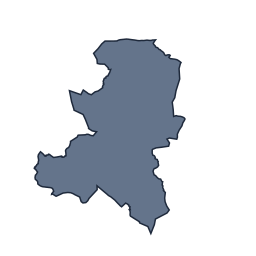 the district of Hawul, Borno, Nigeria, rotated 294°
{"feature_id": "59680162B65118596491840", "entity_name": "Hawul", "entity_type": "district", "adm_level": 2, "iso_a3": "NGA", "parent_name": "Nigeria", "parent_adm1": "Borno", "projection": "natural_earth1", "projection_center": [12.218, 10.459], "detail": "fine", "context": "isolated", "style": "filled", "palette": "slate", "viewbox_px": 256, "rotation_deg": 294, "n_neighbors": 0, "source": "geoboundaries", "source_scale": "gbopen_adm2", "svg_char_len": 4923}
<svg xmlns="http://www.w3.org/2000/svg" viewBox="0 0 256 256"><g transform="rotate(294 128 128)"><path d="M36.3,85.2L37.0,85.9L36.4,89.8L36.5,90.2L42.2,95.2L44.6,99.2L45.6,102.1L45.7,105.1L45.5,105.9L45.3,111.9L41.7,115.2L41.2,117.3L42.7,119.8L45.1,120.8L47.0,121.0L47.5,120.9L59.1,124.9L62.6,123.2L59.0,135.8L58.6,137.0L58.5,137.3L58.4,137.5L58.1,140.4L56.8,145.3L55.2,149.0L54.4,151.1L53.8,152.5L53.4,154.2L58.4,156.4L58.3,157.0L58.4,157.4L58.4,157.9L58.2,158.4L58.2,158.8L58.2,159.1L57.9,159.4L57.9,159.7L57.9,160.1L57.2,160.5L56.9,160.8L56.7,161.2L56.7,161.5L56.9,161.7L56.9,161.9L56.6,162.0L56.0,162.0L55.1,162.5L54.6,163.0L54.5,162.4L54.0,162.2L53.4,163.2L52.1,164.2L49.3,165.3L48.5,166.1L47.0,176.6L46.6,176.7L46.0,177.3L46.1,186.2L40.9,191.8L50.4,191.4L56.0,190.1L66.2,198.2L69.9,199.0L72.4,195.2L75.7,191.9L78.9,190.0L84.3,188.3L85.2,185.9L85.7,186.1L86.6,185.2L87.4,184.2L88.3,183.6L88.9,183.6L89.2,183.4L89.5,183.2L89.6,182.7L89.9,182.3L90.4,182.3L91.1,182.0L91.8,181.8L93.0,181.5L92.8,181.0L93.1,180.4L93.7,179.7L94.6,178.6L94.1,177.0L94.3,175.9L94.6,174.9L95.2,173.7L95.6,172.9L95.8,172.1L95.8,170.9L96.5,170.3L98.7,168.5L100.4,168.3L101.1,168.4L101.7,168.5L102.2,169.3L103.4,170.2L104.6,170.9L105.6,171.0L106.2,171.2L107.0,170.7L108.0,170.0L108.8,169.4L109.6,169.3L110.2,168.3L111.1,167.6L111.0,166.8L111.0,165.2L111.7,164.9L112.2,164.9L113.1,163.8L113.4,163.0L113.2,161.9L114.7,160.4L117.9,159.0L118.6,159.2L121.3,161.8L123.9,166.2L127.9,172.5L131.2,172.0L133.7,168.1L135.7,169.9L137.6,177.1L139.7,176.9L142.4,175.6L146.8,175.6L151.9,176.4L155.0,176.0L157.7,176.4L159.4,176.4L160.0,175.5L160.2,174.5L160.2,172.8L159.9,170.9L159.2,169.1L159.0,168.1L158.9,167.0L157.1,165.0L163.2,161.8L169.6,157.9L174.7,158.4L181.6,156.7L193.8,155.3L203.0,150.5L207.8,149.7L209.4,149.8L209.8,148.2L210.1,146.9L210.3,144.9L209.9,142.8L209.4,141.1L208.9,139.4L208.6,138.6L208.8,137.5L209.3,136.5L210.3,136.9L211.5,137.0L211.7,136.2L211.4,135.4L210.9,134.4L210.3,133.7L209.6,133.2L209.6,132.4L210.2,131.2L211.1,130.3L211.8,128.6L212.0,127.0L212.6,125.6L212.4,124.5L213.1,123.1L213.4,122.3L213.2,121.1L213.3,120.2L213.9,119.7L214.3,118.9L214.6,118.1L214.9,117.4L215.7,116.6L216.5,116.7L218.4,117.0L219.7,117.3L219.1,116.2L218.4,114.7L217.4,113.5L216.7,111.9L216.0,109.6L214.3,106.8L213.5,104.8L212.5,103.1L211.9,101.6L211.1,98.4L210.6,96.8L209.1,91.7L208.5,90.2L205.4,84.8L204.3,83.5L203.1,82.6L201.7,79.8L198.0,71.6L194.1,69.8L188.3,68.4L182.2,66.2L178.1,71.7L174.5,73.7L174.9,76.0L176.8,80.7L175.0,85.4L173.9,86.0L173.7,86.1L173.7,86.5L173.7,86.8L173.8,87.0L174.0,87.5L174.2,88.2L174.2,88.3L174.3,88.4L173.4,88.5L170.6,88.7L170.4,88.5L169.1,88.5L168.7,88.5L168.6,88.4L168.1,88.4L167.7,88.6L167.2,88.3L167.0,88.0L166.7,87.6L166.4,87.3L166.1,87.1L165.8,87.1L165.4,87.2L165.0,87.3L164.6,87.4L164.4,87.1L164.3,86.7L164.0,86.3L163.6,86.1L163.3,86.1L163.0,86.2L162.3,86.2L161.9,86.4L161.5,86.3L161.1,86.3L160.8,86.3L160.6,86.3L160.2,86.6L160.0,86.8L159.8,87.0L159.5,87.1L159.2,87.4L159.0,87.5L158.9,87.3L158.4,87.4L158.2,87.6L158.2,88.0L157.7,88.2L157.3,88.0L156.8,87.8L156.4,87.9L156.0,87.9L155.5,87.9L155.1,88.0L154.5,88.5L149.7,85.7L147.6,83.2L143.5,81.0L143.2,77.9L143.7,76.0L144.5,71.7L139.3,71.4L138.3,59.3L129.2,65.7L123.2,70.9L122.3,71.5L122.1,81.5L118.7,85.4L112.3,91.9L111.5,92.2L110.8,96.5L111.8,100.8L106.8,99.4L106.1,97.1L106.1,94.4L105.5,92.9L104.4,91.7L101.2,85.4L100.9,85.3L99.1,85.3L92.4,80.9L91.7,81.2L91.1,81.5L90.2,81.6L88.2,81.9L86.1,81.7L84.4,80.5L83.0,80.1L81.7,80.2L80.6,81.0L79.0,81.9L77.4,82.6L77.3,82.4L77.2,82.2L76.9,81.8L76.7,81.8L76.5,81.7L76.5,81.8L76.4,81.7L76.2,81.6L75.8,81.5L75.7,81.5L75.5,81.4L75.4,81.3L75.2,81.2L75.0,80.8L75.0,80.7L75.0,80.4L74.9,80.3L74.9,80.1L74.7,80.0L74.7,79.8L74.8,79.7L75.0,79.6L75.0,79.4L75.0,79.2L74.9,79.2L74.9,78.9L74.9,78.7L75.0,78.7L75.0,78.8L75.3,78.7L75.2,78.5L75.1,78.4L75.0,78.2L74.9,78.2L74.8,78.3L74.7,78.4L74.6,78.5L74.6,78.4L74.6,78.2L74.7,77.9L72.6,74.9L70.8,72.0L71.4,68.9L71.5,68.5L71.6,68.2L71.8,67.4L71.9,67.2L71.9,66.9L71.8,66.4L71.8,66.1L71.7,66.0L71.4,65.9L71.2,66.0L70.7,65.9L70.6,65.7L70.5,65.4L70.4,65.2L70.3,64.9L70.1,64.6L70.0,64.4L69.8,64.3L69.7,64.2L69.6,64.3L69.5,64.5L69.3,64.6L69.2,64.6L68.9,64.5L68.8,64.4L68.8,63.9L68.7,63.7L68.6,63.1L69.0,62.7L69.9,60.6L70.7,57.7L67.2,57.0L65.4,57.4L62.2,59.5L60.0,59.9L59.0,60.5L58.8,60.4L58.6,60.3L58.4,60.0L58.2,60.0L57.6,59.7L57.4,59.6L57.2,59.7L56.9,59.7L56.5,59.6L56.2,59.4L56.0,59.5L55.3,59.4L55.0,58.9L54.8,58.8L54.5,58.8L54.3,59.0L54.0,59.2L53.7,59.1L53.5,58.9L53.4,58.7L53.2,58.7L52.9,58.9L52.5,60.8L52.0,61.3L51.5,62.3L51.0,63.3L49.7,63.2L48.5,63.1L47.8,62.9L47.2,62.6L46.7,62.8L46.1,62.9L45.0,63.2L43.5,64.1L42.8,66.3L42.2,67.3L41.3,67.8L40.2,68.4L39.8,69.8L39.5,71.4L39.5,72.7L39.6,73.7L40.0,75.1L40.3,75.9L40.6,77.1L41.0,78.2L41.3,79.3L41.9,81.1L42.2,82.6L41.9,83.8L41.0,84.9L39.8,85.9L39.0,85.5L38.1,85.5L37.2,85.0L36.3,85.2Z" fill="#64748b" stroke="#1e293b" stroke-width="1.5"/></g></svg>